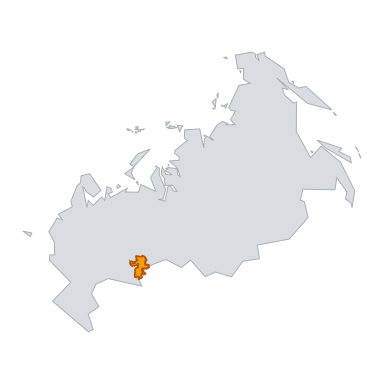 Russia, with Chelyabinsk highlighted
{"feature_id": "RUS-2379", "entity_name": "Chelyabinsk", "entity_type": "Region", "adm_level": 1, "iso_a3": "RUS", "parent_name": "Russia", "parent_adm1": "", "projection": "orthographic", "projection_center": [60.252, 54.184], "detail": "fine", "context": "in_parent", "style": "filled", "palette": "amber", "viewbox_px": 384, "rotation_deg": 0, "n_neighbors": 0, "source": "natural_earth", "source_scale": "10m", "svg_char_len": 8727}
<svg xmlns="http://www.w3.org/2000/svg" viewBox="0 0 384 384"><path d="M354.8,190.7L352.1,207.5L350.9,202.9L345.4,199.0L346.9,191.8L336.8,177.9L334.9,189.8L302.9,189.2L300.3,200.0L304.3,201.6L308.2,217.3L289.3,239.0L257.4,245.1L259.4,258.7L242.7,261.3L231.5,276.9L215.5,272.0L205.2,276.6L190.6,260.1L181.2,267.6L166.0,259.4L142.6,268.4L145.4,273.8L138.8,279.6L141.9,286.2L108.2,278.6L96.0,284.1L91.5,293.8L98.9,306.6L88.2,314.0L93.1,329.4L88.5,331.9L52.6,301.2L70.7,282.3L49.4,260.2L49.8,255.0L54.7,254.8L54.3,242.0L48.8,231.7L57.0,218.2L62.3,219.8L58.3,214.3L72.2,206.8L70.9,201.4L77.0,185.7L80.6,182.9L81.1,175.9L89.6,173.7L101.0,190.3L93.6,197.1L86.3,191.8L84.5,188.0L82.8,186.8L86.9,207.5L88.3,200.3L93.3,205.3L101.6,196.9L104.7,200.5L107.0,186.6L111.5,188.7L112.3,192.2L108.2,193.7L110.7,197.5L127.1,188.3L125.6,192.0L138.5,192.2L140.7,184.5L155.8,191.3L150.6,177.6L157.1,167.3L159.4,168.1L159.2,174.6L165.5,189.1L163.3,199.0L158.0,199.3L164.9,201.1L168.0,186.6L170.3,185.4L173.4,191.1L177.0,191.2L172.6,185.3L165.1,185.4L164.4,178.2L161.2,174.3L162.3,166.9L165.9,174.3L170.7,174.9L171.8,174.5L165.5,171.0L168.6,167.6L177.0,168.7L177.6,174.6L180.1,176.6L177.7,168.6L169.7,161.0L179.3,160.2L178.9,156.5L174.6,153.5L174.9,150.5L187.3,140.4L184.3,138.1L184.7,129.9L199.7,128.9L203.8,147.9L204.4,138.6L207.4,136.4L211.9,140.0L212.8,140.4L213.2,140.1L209.7,136.5L217.1,125.0L222.8,121.4L227.8,123.7L225.4,124.8L235.3,124.7L230.5,119.8L235.6,111.0L231.1,110.6L228.8,107.5L238.9,85.4L250.1,83.2L243.4,79.3L243.7,68.4L237.7,68.9L235.3,55.1L252.1,52.1L255.7,54.3L255.4,57.2L259.4,60.9L257.0,54.6L264.6,52.2L265.1,56.1L284.1,68.8L288.9,82.5L298.8,88.0L306.0,86.5L332.0,109.9L307.6,103.4L276.6,77.8L288.1,89.6L282.2,88.2L284.4,95.0L293.7,103.1L296.5,102.0L296.3,131.6L310.6,157.6L321.2,146.2L340.4,162.0L354.8,190.7ZM150.2,149.0L133.9,166.6L129.8,164.0L137.7,153.9L150.2,149.0ZM317.1,140.1L341.8,148.3L338.9,151.5L350.3,157.3L351.3,162.9L325.6,148.0L317.1,140.1ZM124.8,173.6L133.6,167.1L131.3,173.5L134.9,179.8L124.8,173.6ZM215.3,107.9L212.3,101.9L216.1,98.6L215.3,107.9ZM169.6,125.5L177.1,127.6L169.9,128.8L169.6,125.5ZM165.7,122.3L169.8,121.8L166.2,125.8L165.7,122.3ZM177.1,125.2L182.6,125.9L179.7,131.6L177.1,125.2ZM217.9,98.1L216.9,95.3L218.3,92.9L217.9,98.1ZM23.0,231.1L31.8,233.0L30.4,236.6L23.0,231.1ZM129.7,130.3L132.1,129.8L127.3,130.9L129.7,130.3ZM223.9,105.7L227.6,103.6L225.8,108.1L223.9,105.7ZM120.6,186.6L117.6,188.4L116.7,186.7L118.4,184.5L120.6,186.6ZM134.2,129.4L136.3,128.7L137.3,129.7L134.2,129.4ZM141.1,129.5L140.2,131.6L138.7,130.8L139.0,129.5L141.1,129.5ZM143.2,129.8L141.4,129.6L143.9,128.9L143.2,129.8ZM137.3,181.3L138.5,185.2L136.3,182.3L137.3,181.3ZM169.3,126.8L168.6,128.4L166.9,127.5L169.3,126.8ZM135.6,127.1L138.2,126.7L137.2,128.1L135.6,127.1ZM226.5,57.0L227.1,58.8L224.1,57.6L226.5,57.0ZM128.0,128.8L129.5,129.7L126.2,129.2L128.0,128.8ZM157.1,166.0L154.5,166.9L157.0,165.8L157.1,166.0ZM203.9,135.1L206.4,136.0L204.2,136.3L203.9,135.1ZM239.6,70.3L241.1,71.8L240.6,72.7L239.6,70.3ZM137.8,132.0L136.6,131.3L138.6,131.9L137.8,132.0ZM137.7,128.2L138.4,129.6L137.0,128.6L137.7,128.2ZM355.4,146.5L356.9,148.3L358.9,152.0L355.4,146.5ZM135.7,131.8L136.5,133.2L135.3,132.9L135.7,131.8ZM168.3,167.2L166.7,168.7L166.2,168.6L168.3,167.2ZM293.5,81.4L293.5,83.2L292.0,81.3L293.5,81.4ZM221.8,105.2L223.4,106.4L222.0,106.3L221.8,105.2ZM310.8,151.0L313.2,152.0L312.3,152.9L310.8,151.0ZM333.0,112.0L336.3,115.2L335.4,115.4L333.0,112.0ZM133.7,132.0L132.6,132.3L132.2,131.9L133.7,132.0ZM168.5,163.9L168.6,165.7L168.1,165.3L168.5,163.9ZM213.7,108.3L214.5,109.4L212.3,108.3L213.7,108.3ZM360.5,157.8L358.7,152.9L361.0,158.2L360.5,157.8Z" fill="#d9dde1" stroke="#a8b0b8" stroke-width="1"/><path d="M149.2,267.4L148.8,267.4L148.5,267.4L148.5,267.5L148.4,267.9L148.1,267.8L147.9,267.9L147.6,267.9L147.0,268.0L146.8,268.1L146.9,268.6L146.7,268.8L146.8,269.0L146.7,269.1L146.3,268.7L146.2,268.6L146.3,268.5L146.4,268.4L145.0,268.3L145.0,268.8L144.6,268.8L144.5,268.7L144.4,268.5L144.2,268.6L143.8,268.5L143.7,268.8L143.6,268.7L143.4,268.5L143.2,268.2L142.9,268.1L142.7,268.4L142.6,268.8L142.5,269.0L142.4,268.9L142.1,268.7L141.9,268.8L141.8,269.0L142.1,269.2L142.2,269.3L142.5,269.5L142.3,269.9L142.2,270.0L142.0,270.4L141.9,270.5L141.6,270.3L141.5,270.5L142.2,270.6L142.3,270.8L142.8,270.9L143.0,270.7L143.5,270.7L143.6,270.8L143.7,271.1L143.2,271.5L143.0,271.4L142.8,271.2L142.6,271.2L142.5,271.5L142.3,271.9L142.3,272.0L142.4,272.3L142.6,272.4L143.1,272.4L143.6,272.7L144.0,272.5L144.4,272.9L145.3,273.1L145.5,273.5L145.5,273.8L145.3,274.1L145.0,274.2L144.6,273.9L144.1,274.0L143.9,274.1L143.4,273.7L143.1,273.9L142.9,273.9L142.5,273.8L142.4,273.8L142.2,274.0L141.8,274.0L142.1,274.3L141.6,274.8L141.4,275.1L141.0,275.3L140.9,275.6L141.0,275.9L141.3,275.9L141.3,276.4L141.7,276.6L141.8,277.1L142.1,277.4L141.6,277.9L141.2,278.1L141.1,278.3L140.9,278.5L140.3,278.4L140.1,278.5L139.8,278.8L139.3,279.3L138.8,279.3L138.7,279.0L138.4,278.9L138.4,278.7L138.5,278.6L138.6,278.3L138.8,278.2L139.2,277.8L139.2,277.3L139.2,277.0L138.5,276.9L138.4,276.8L138.3,276.6L138.1,276.6L137.9,276.6L137.8,276.9L137.7,276.9L137.2,276.8L136.8,276.6L136.3,276.6L136.2,276.6L136.1,277.5L135.7,277.4L135.3,277.2L135.3,276.9L135.0,276.8L134.8,276.9L134.7,276.4L134.9,276.3L134.8,276.0L134.6,275.9L134.5,275.7L134.7,275.3L134.7,275.0L134.6,274.6L134.8,274.3L134.8,274.1L134.9,273.8L135.6,273.8L135.5,273.6L135.2,273.5L135.1,272.8L134.9,272.7L134.9,272.3L135.1,272.1L135.1,271.1L135.2,270.9L134.9,270.6L135.2,270.3L135.1,269.8L135.3,269.6L135.2,269.2L135.4,269.0L135.3,268.9L135.4,268.6L135.6,268.7L136.0,268.6L136.4,267.7L136.5,267.6L136.9,267.5L137.3,267.4L137.6,267.7L137.7,267.8L137.9,267.8L137.9,267.5L138.1,267.2L138.0,266.9L137.7,266.7L137.9,266.4L137.9,266.1L137.7,265.9L137.8,265.6L138.1,265.5L138.3,265.2L138.4,264.7L138.6,264.2L138.6,263.9L138.4,263.9L138.1,264.0L138.0,263.8L137.6,263.6L137.5,263.8L137.3,264.0L137.2,264.3L137.0,264.5L136.9,264.7L136.6,264.9L136.3,265.2L135.8,265.1L135.7,265.2L135.0,265.4L134.8,265.6L134.7,265.7L134.4,265.9L134.1,265.7L133.6,265.5L133.1,265.7L133.1,265.8L132.8,265.9L132.3,266.3L132.2,266.2L131.9,265.8L131.7,265.7L131.7,265.3L131.2,264.9L131.2,264.7L131.0,264.8L131.0,264.6L130.6,264.5L130.6,264.3L130.1,264.1L130.0,263.9L129.9,263.6L130.2,263.2L130.1,262.9L130.0,262.7L129.9,262.4L130.0,262.3L130.3,262.1L130.2,261.7L130.3,261.8L130.3,261.6L130.5,261.6L130.9,261.2L131.2,261.2L131.6,261.4L132.4,261.5L132.7,261.6L132.8,261.7L133.1,261.9L133.0,262.0L132.8,262.2L132.6,262.1L132.7,262.6L132.6,262.8L132.6,263.0L132.4,263.3L132.5,263.4L132.6,263.5L132.9,263.3L132.9,262.9L133.2,262.6L133.0,262.4L133.5,262.1L133.8,262.4L133.7,262.6L133.9,262.8L133.8,263.0L134.2,263.0L134.2,263.3L134.3,263.3L134.5,263.4L135.1,263.0L135.1,262.9L134.9,262.5L134.4,262.4L134.4,262.2L134.6,262.1L134.8,262.3L135.1,262.0L134.8,261.9L134.8,261.7L135.2,261.7L135.4,261.6L135.2,261.5L135.2,261.4L135.3,261.4L135.5,261.4L135.6,261.5L135.6,261.8L136.2,261.3L136.2,261.2L136.2,260.9L136.3,260.7L136.6,260.7L136.9,260.6L137.1,260.6L137.4,260.4L137.7,260.1L137.2,260.0L137.1,259.8L137.0,259.7L136.5,260.1L136.4,260.0L136.4,259.9L136.8,259.7L136.6,259.4L136.7,259.0L136.2,258.9L136.2,258.7L136.3,258.6L136.4,258.3L136.3,257.7L136.6,257.5L136.6,257.3L136.6,257.1L136.3,257.1L136.2,256.9L135.8,256.8L135.8,256.6L136.2,256.6L136.3,256.4L136.1,256.1L136.4,255.9L136.6,255.9L136.8,256.1L137.9,256.1L137.8,256.3L137.7,256.4L138.1,256.5L138.5,256.4L139.4,256.7L139.5,256.6L140.3,256.5L140.5,256.6L141.0,256.5L141.5,256.8L141.6,256.7L142.0,256.7L142.2,256.3L142.0,256.0L142.2,255.7L142.5,256.0L142.7,255.8L142.8,255.8L143.0,256.0L143.3,256.1L143.6,256.0L143.9,256.2L144.0,256.4L144.1,256.5L144.1,256.4L144.3,256.5L144.3,256.8L144.7,257.0L145.1,257.0L145.1,257.3L145.4,257.6L145.4,258.0L145.5,258.1L145.6,257.8L145.8,258.1L145.6,258.3L145.5,258.5L145.8,258.5L146.0,258.6L146.1,258.8L146.4,259.1L146.4,259.5L146.5,259.6L146.4,259.8L146.2,260.0L146.4,260.0L146.6,260.3L146.2,260.5L146.3,260.7L146.2,260.8L146.0,260.7L145.7,260.9L145.5,260.7L145.3,260.9L145.6,261.1L145.0,261.4L145.0,261.5L145.4,261.8L145.6,261.9L145.6,262.0L145.4,262.2L145.5,262.4L145.7,262.6L145.5,263.1L145.4,263.1L145.2,262.8L144.9,262.9L144.8,263.0L144.8,263.4L144.9,263.5L145.2,263.7L145.2,263.8L145.3,264.1L145.0,264.3L145.0,264.5L145.3,264.9L145.4,265.0L145.5,264.8L145.8,264.9L146.1,264.8L146.3,264.5L146.6,264.5L146.6,264.8L146.7,265.0L146.8,265.0L146.9,264.8L147.0,264.8L147.1,265.0L147.5,264.8L147.8,264.6L148.6,264.6L148.8,264.9L148.8,265.1L149.0,265.2L149.0,265.5L148.8,265.6L148.7,265.9L148.6,265.7L148.5,265.8L148.7,266.1L148.5,266.5L148.4,266.6L148.5,266.7L148.9,267.0L149.1,266.9L149.2,267.0L149.2,267.4Z" fill="#f59e0b" stroke="#b45309" stroke-width="1.5"/></svg>